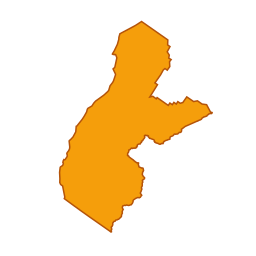 the district of Curry, Oregon, United States of America, rotated 35°
{"feature_id": "52423323B63196257632244", "entity_name": "Curry", "entity_type": "district", "adm_level": 2, "iso_a3": "USA", "parent_name": "United States of America", "parent_adm1": "Oregon", "projection": "orthographic", "projection_center": [-123.977, 42.475], "detail": "fine", "context": "isolated", "style": "filled", "palette": "amber", "viewbox_px": 256, "rotation_deg": 35, "n_neighbors": 0, "source": "geoboundaries", "source_scale": "gbopen_adm2", "svg_char_len": 5612}
<svg xmlns="http://www.w3.org/2000/svg" viewBox="0 0 256 256"><g transform="rotate(35 128 128)"><path d="M78.0,33.0L77.8,33.6L75.0,40.3L67.3,55.4L68.5,58.9L69.6,60.7L71.3,65.5L72.5,72.7L72.7,76.0L72.8,76.4L73.3,76.4L74.9,75.7L75.0,75.2L76.0,75.1L78.6,76.9L82.2,85.4L82.4,86.4L81.8,87.8L81.9,88.2L86.8,91.0L87.3,91.7L89.1,97.8L89.3,99.6L89.1,103.7L90.6,108.2L90.5,109.8L89.3,115.1L86.0,124.6L85.7,127.1L85.8,130.7L83.9,134.8L83.9,135.9L84.9,138.7L85.4,143.7L85.5,147.3L85.2,152.3L85.0,155.7L84.6,156.3L87.4,161.1L88.1,166.9L87.6,170.4L87.2,171.7L87.2,172.4L91.2,177.0L92.1,178.7L92.4,180.7L92.3,183.1L92.5,183.8L92.7,184.3L93.5,184.7L94.5,186.2L94.6,189.9L94.1,190.6L93.6,190.6L93.7,191.9L94.4,193.6L95.2,193.9L95.8,195.3L95.9,196.3L95.0,198.7L95.1,199.3L97.4,203.6L101.3,208.6L103.4,211.8L105.2,212.9L107.7,213.0L115.9,220.9L116.3,222.4L128.9,222.7L132.6,222.7L132.7,222.8L134.5,222.7L134.7,222.8L147.3,222.9L171.9,222.9L173.6,223.0L173.7,222.9L174.0,222.6L173.7,222.1L173.0,221.7L172.7,220.9L172.9,220.6L172.6,220.1L172.3,219.8L171.4,219.2L171.1,218.3L171.4,217.9L171.1,216.1L170.0,214.6L170.1,212.6L170.9,211.7L170.8,210.5L171.3,209.9L171.8,209.5L172.1,208.7L172.6,208.2L172.8,207.6L173.2,205.5L173.4,204.4L172.5,202.7L172.2,200.9L171.3,200.1L170.9,198.5L170.7,197.3L170.0,197.3L168.8,196.2L168.4,194.9L169.6,193.2L170.4,192.9L171.1,191.8L172.0,191.5L172.7,191.3L173.1,190.9L173.4,190.7L173.9,189.8L174.7,189.0L174.7,188.2L174.8,187.2L174.4,185.4L173.8,184.6L173.8,183.6L174.8,181.0L176.0,179.2L177.2,178.8L177.8,177.7L177.8,177.1L177.7,176.3L177.9,175.6L177.9,175.3L177.6,175.1L177.1,174.9L176.4,174.7L175.4,174.3L175.2,173.4L175.1,172.5L174.8,171.7L174.4,170.0L173.8,169.8L173.3,169.2L173.0,168.6L172.9,167.2L172.3,166.5L172.0,165.9L171.5,165.4L171.2,164.9L171.2,163.9L170.5,163.2L170.0,163.0L169.8,162.3L170.1,161.7L170.6,160.1L170.1,159.2L168.5,158.9L167.2,158.4L166.3,157.8L166.1,157.3L165.7,156.7L165.6,156.1L165.2,155.6L165.3,154.6L165.0,153.7L164.7,153.7L164.4,153.3L164.2,153.0L163.5,152.4L163.1,152.3L162.5,152.7L162.2,153.0L161.7,153.0L161.4,153.1L160.4,153.3L159.8,153.5L159.5,153.5L159.2,153.5L158.7,153.1L158.1,152.4L157.5,152.1L157.0,151.6L156.9,150.8L156.7,150.6L156.3,150.7L155.9,151.0L155.6,151.2L155.0,151.5L154.3,151.4L153.4,151.5L152.4,151.3L151.9,151.4L151.1,151.2L150.5,151.1L149.8,151.2L149.2,151.1L148.2,151.2L147.6,151.1L147.1,151.1L146.1,151.1L145.4,151.0L144.9,150.8L144.5,150.5L143.9,150.8L143.3,150.7L143.1,150.4L143.0,150.0L142.7,149.6L142.5,149.3L142.3,149.0L142.2,148.6L142.3,147.8L142.2,147.2L142.0,146.8L141.8,146.3L141.7,146.0L141.4,145.7L141.4,145.3L141.6,145.2L141.9,144.8L142.0,144.5L142.0,144.2L142.1,143.9L142.2,143.6L142.2,143.0L142.3,142.6L142.6,142.4L143.0,142.4L143.4,142.2L143.5,141.8L143.7,141.5L143.9,141.4L144.3,141.3L144.6,140.9L144.9,140.8L145.1,140.5L145.5,140.4L145.7,139.9L146.1,139.4L146.2,139.1L146.1,138.7L145.9,138.6L145.7,138.5L145.8,137.9L146.0,137.4L145.4,136.8L145.5,135.9L145.9,135.1L146.6,134.5L147.1,134.2L147.1,133.7L146.9,133.2L147.0,132.7L147.3,132.1L147.1,131.8L146.6,131.1L146.9,130.6L147.1,130.5L147.3,129.7L147.1,128.9L147.2,127.5L147.2,126.3L146.8,125.7L146.4,125.3L146.1,125.2L145.9,124.8L146.1,124.2L146.4,123.9L146.8,123.8L147.3,123.8L147.5,123.6L147.6,123.3L147.8,123.1L148.3,123.1L148.7,123.0L148.9,122.8L149.1,122.8L149.3,122.9L149.4,123.1L149.4,123.4L149.9,123.6L150.5,123.7L150.9,123.8L151.2,123.9L151.6,124.1L152.1,123.7L152.7,123.7L153.1,123.5L153.4,123.5L153.8,123.4L154.1,123.3L154.7,123.1L155.2,123.0L155.6,122.9L156.2,122.9L156.5,123.0L156.8,123.2L157.0,123.5L157.2,123.9L157.6,123.9L157.8,123.9L157.8,124.1L158.2,124.3L158.6,124.1L159.2,124.2L159.5,124.0L160.0,124.0L160.3,123.8L160.8,123.7L161.3,123.4L161.9,123.4L162.4,123.3L162.8,123.3L163.2,123.1L163.5,123.0L163.7,122.6L164.0,122.5L164.1,122.2L164.2,121.9L164.2,121.7L164.4,121.5L164.9,121.3L165.0,121.0L164.9,120.9L165.1,120.7L165.3,120.6L165.6,120.6L165.6,120.3L165.5,120.1L165.5,119.8L165.4,119.5L165.2,119.2L165.2,118.9L165.2,118.3L165.4,118.1L165.6,117.8L165.7,117.2L166.0,116.8L166.1,116.5L166.6,116.0L166.9,115.6L167.1,115.4L167.1,115.0L167.4,114.7L167.6,114.5L167.9,114.2L168.0,113.9L168.4,113.6L168.7,113.1L168.4,112.6L168.1,112.2L168.0,111.9L167.8,111.4L167.8,111.0L167.9,110.7L168.2,110.1L168.6,109.7L168.8,109.3L169.0,108.9L169.3,108.4L169.3,108.0L169.4,107.6L169.4,107.3L169.4,107.1L169.4,106.6L169.7,106.2L170.0,106.0L170.2,105.9L170.6,105.8L171.0,105.3L171.4,105.0L171.6,104.8L172.0,104.5L172.2,104.2L172.2,103.6L172.4,103.1L172.5,102.5L172.5,102.2L172.8,101.9L173.2,101.8L173.5,101.5L173.6,101.1L173.8,100.8L173.8,100.5L173.6,99.8L173.2,99.1L172.9,98.7L172.5,98.4L174.0,93.8L176.2,90.2L180.3,83.4L180.4,83.2L180.8,82.6L181.1,82.4L181.1,82.2L181.2,81.8L181.4,81.7L181.6,81.4L181.8,80.8L182.0,80.6L182.2,80.3L182.4,80.1L182.5,80.0L182.6,79.7L182.8,79.4L182.9,79.1L183.1,78.7L183.1,78.3L183.0,78.1L183.0,77.8L183.0,77.5L183.1,77.3L183.2,77.0L183.3,76.8L183.4,76.5L183.6,76.0L183.7,75.7L183.9,75.2L184.2,75.1L184.5,74.7L184.7,74.3L185.1,73.9L185.3,73.5L185.7,73.0L185.6,72.2L185.8,71.7L186.0,71.1L186.1,70.5L186.2,70.0L186.6,69.7L186.8,69.3L187.0,68.9L187.4,68.8L187.9,68.5L188.2,68.2L188.1,67.6L188.3,67.2L188.6,66.9L186.4,67.6L179.0,63.8L174.9,65.9L169.3,65.9L166.6,68.7L158.3,68.8L158.3,75.7L156.6,77.8L153.7,77.8L153.8,80.7L150.9,80.7L150.9,83.5L148.0,83.5L148.0,86.4L134.4,86.4L134.4,87.9L130.1,87.8L128.1,90.1L127.3,75.6L124.2,75.6L124.2,65.7L123.6,60.2L124.2,58.1L127.0,58.1L127.0,53.7L124.0,49.9L124.1,47.2L121.3,47.4L120.0,44.6L116.4,43.1L115.7,37.2L112.8,37.2L110.1,33.0L78.0,33.0Z" fill="#f59e0b" stroke="#b45309" stroke-width="1.5"/></g></svg>